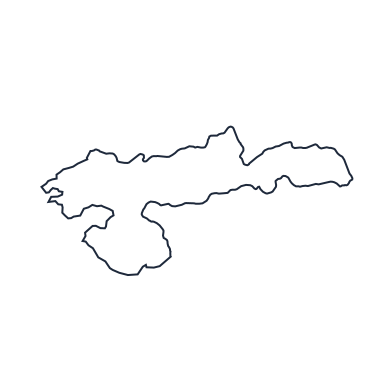 Bostanlik, Tashkent, Uzbekistan (Natural Earth projection), rotated 29°
{"feature_id": "79887680B98166747305726", "entity_name": "Bostanlik", "entity_type": "district", "adm_level": 2, "iso_a3": "UZB", "parent_name": "Uzbekistan", "parent_adm1": "Tashkent", "projection": "natural_earth1", "projection_center": [70.388, 41.744], "detail": "fine", "context": "isolated", "style": "outline", "palette": "slate", "viewbox_px": 384, "rotation_deg": 29, "n_neighbors": 0, "source": "geoboundaries", "source_scale": "gbopen_adm2", "svg_char_len": 3943}
<svg xmlns="http://www.w3.org/2000/svg" viewBox="0 0 384 384"><g transform="rotate(29 192 192)"><path d="M204.7,258.9L204.3,258.7L202.6,255.9L202.0,254.4L201.4,254.1L200.4,252.6L198.7,251.4L197.5,250.9L197.1,250.5L195.8,249.1L194.4,247.0L193.4,246.2L191.5,245.9L189.5,245.9L187.8,244.2L186.4,240.7L185.7,239.5L184.3,238.7L179.9,236.9L176.3,236.3L173.0,236.5L171.6,237.0L171.3,237.4L170.0,237.7L169.4,237.5L168.5,237.7L165.3,237.0L161.1,237.3L159.0,236.1L158.4,234.9L157.9,230.9L158.2,229.5L158.1,224.7L159.1,222.3L160.5,220.4L164.7,218.7L167.1,218.4L169.2,218.4L170.5,218.8L171.4,218.7L177.0,213.8L177.9,213.7L179.2,214.0L181.4,214.0L184.3,212.7L189.3,208.1L191.3,205.2L192.3,204.5L199.3,200.9L201.1,200.4L204.1,198.7L206.7,196.8L209.0,192.6L209.3,189.9L209.1,188.2L209.3,185.6L210.1,184.0L212.2,182.2L213.9,181.1L216.3,180.4L220.1,177.9L223.6,175.5L224.7,171.7L226.0,170.6L228.5,169.2L229.8,167.9L232.2,163.0L235.8,159.6L239.7,157.8L241.9,157.7L244.9,158.7L246.3,158.6L246.9,158.0L247.4,155.5L248.2,154.8L250.4,156.3L253.9,157.4L256.9,157.4L258.4,157.0L261.3,154.1L262.3,152.5L262.9,146.8L262.2,145.1L260.1,142.5L259.8,141.7L260.9,138.9L262.5,137.7L263.1,136.8L263.5,134.5L264.1,133.6L266.1,132.7L268.8,132.7L269.7,133.0L273.0,135.1L275.1,136.0L277.8,136.6L280.3,136.6L282.6,135.3L283.9,135.0L285.8,133.2L288.2,131.5L290.5,130.6L296.4,124.9L299.1,123.9L305.4,118.2L308.1,115.8L309.8,115.0L311.7,114.5L314.5,114.4L318.7,115.4L319.3,115.0L320.1,113.5L322.2,112.2L322.4,111.8L323.9,111.2L324.6,110.3L324.9,107.9L324.7,106.7L324.9,105.4L326.1,103.4L325.6,102.2L323.4,100.6L320.8,99.5L309.5,90.0L306.4,88.3L303.2,88.2L300.5,87.6L296.4,85.5L294.9,85.4L292.0,86.1L290.9,86.8L288.1,87.6L283.9,91.3L281.6,91.4L278.5,90.3L277.0,90.4L276.2,91.1L274.7,93.0L271.2,97.3L271.1,97.5L269.9,98.5L267.7,99.7L266.1,100.1L264.5,101.0L260.5,103.8L258.2,103.9L256.8,102.9L255.7,101.3L254.6,100.7L253.8,100.7L252.9,101.2L252.1,102.2L250.9,103.0L248.6,105.3L245.8,109.6L243.1,111.7L241.2,114.5L239.6,116.0L237.9,117.0L235.4,120.4L234.9,122.4L234.9,124.4L231.9,130.0L228.2,139.5L228.4,140.1L227.6,141.6L227.0,141.9L225.1,142.4L223.7,142.4L219.6,138.8L217.1,138.1L216.6,137.3L216.6,136.1L216.9,131.0L216.1,129.4L215.1,128.2L211.3,126.5L211.0,125.9L209.4,125.5L206.5,123.8L197.5,116.3L196.3,115.8L195.0,115.8L193.9,116.2L192.7,117.7L192.3,119.2L191.7,124.4L190.9,125.6L189.5,126.5L187.7,128.3L186.6,130.5L181.3,133.5L180.3,135.1L180.7,136.5L180.7,137.9L180.7,138.8L181.5,140.9L181.8,143.1L181.8,145.7L181.6,146.6L180.2,147.8L178.1,148.9L174.9,149.9L173.2,151.6L171.4,151.6L167.5,153.3L164.5,157.4L162.2,159.0L160.9,160.3L159.4,162.7L158.3,166.2L156.9,169.1L154.9,172.3L153.0,173.5L144.2,177.3L143.4,178.0L141.2,179.1L139.7,180.4L138.4,183.2L137.2,187.1L136.1,188.1L135.0,188.5L133.8,188.1L133.2,187.2L133.4,185.4L132.1,183.3L130.8,183.1L128.5,183.7L127.7,184.7L122.6,196.8L121.5,197.9L118.5,199.4L113.9,201.0L112.2,201.1L111.6,201.0L109.7,198.9L108.2,197.8L105.7,196.8L104.0,196.8L101.2,198.1L98.4,200.1L91.5,201.2L90.7,200.8L87.8,201.2L86.8,201.8L86.1,203.2L84.3,204.9L83.3,205.4L83.5,213.2L84.6,214.2L82.2,217.3L78.3,222.6L75.8,227.4L72.6,230.7L68.5,234.6L67.0,238.7L65.1,242.5L67.1,245.9L63.7,248.7L60.9,252.1L60.4,255.5L57.9,260.5L64.8,263.4L67.0,261.7L67.5,258.7L68.4,256.0L70.3,255.6L73.1,254.6L75.2,255.9L78.6,254.7L79.7,257.3L76.8,261.1L71.2,264.5L71.3,270.3L76.9,266.2L81.0,267.6L84.4,266.2L86.3,268.2L88.6,273.0L92.2,274.1L96.5,275.1L99.0,273.4L100.4,270.9L105.7,266.8L105.5,259.1L108.9,255.6L111.1,251.6L115.8,250.5L119.3,247.9L121.5,247.8L127.9,247.0L131.8,247.0L134.7,250.5L133.0,253.4L131.5,258.9L133.5,263.9L133.4,266.0L129.4,268.0L124.3,268.2L121.5,269.9L118.2,279.4L120.2,282.1L120.1,287.9L123.1,286.9L127.3,288.8L132.6,289.2L137.0,291.8L141.7,294.6L149.9,294.7L157.1,298.4L160.5,298.6L167.6,297.9L176.2,295.7L184.4,290.4L185.2,281.2L187.0,278.1L188.7,279.9L195.3,276.6L199.7,272.5L204.7,258.9Z" fill="none" stroke="#1e293b" stroke-width="2"/></g></svg>